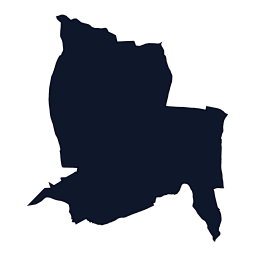 outline of Traian, Bacau, Romania
{"feature_id": "2599482B58001489717641", "entity_name": "Traian", "entity_type": "district", "adm_level": 2, "iso_a3": "ROU", "parent_name": "Romania", "parent_adm1": "Bacau", "projection": "equal_earth", "projection_center": [27.033, 46.645], "detail": "fine", "context": "isolated", "style": "filled", "palette": "ink", "viewbox_px": 256, "rotation_deg": 0, "n_neighbors": 0, "source": "geoboundaries", "source_scale": "gbopen_adm2", "svg_char_len": 5753}
<svg xmlns="http://www.w3.org/2000/svg" viewBox="0 0 256 256"><path d="M214.6,240.6L214.9,239.3L216.5,237.5L219.1,235.0L219.6,234.3L219.7,233.6L219.6,232.9L219.3,232.3L218.4,231.5L218.1,231.2L218.0,230.8L218.2,229.9L218.1,228.8L218.2,228.1L218.4,227.5L218.9,226.5L219.3,224.7L219.8,223.4L220.3,221.9L220.7,220.7L220.8,219.0L220.7,217.5L220.3,214.3L219.5,211.9L218.7,210.5L217.9,209.7L218.8,209.4L217.1,207.6L215.9,202.9L214.4,196.6L213.5,191.2L212.5,188.8L216.7,187.4L217.4,187.3L218.6,187.3L221.0,187.5L223.1,187.5L222.9,187.0L222.5,181.8L222.5,181.6L222.3,180.4L221.9,178.8L221.7,174.7L221.4,173.0L220.8,170.1L220.5,167.6L220.5,164.7L220.5,163.8L220.7,163.0L220.6,160.8L220.8,159.3L220.7,158.9L220.7,157.8L220.6,157.5L220.9,149.6L221.0,147.7L220.8,146.2L220.8,145.2L220.5,144.0L220.7,142.8L221.0,142.8L221.0,141.9L220.9,141.0L221.0,139.8L220.3,139.8L220.3,139.2L220.4,138.7L220.5,137.3L220.8,136.4L221.1,135.1L221.5,133.8L221.7,132.7L222.0,131.9L222.4,131.9L222.6,130.9L222.6,130.2L222.4,127.5L222.4,126.7L222.9,122.9L223.4,120.4L224.2,118.7L224.8,117.6L225.9,116.2L226.9,114.6L226.4,114.5L225.9,114.1L225.0,113.7L224.4,113.3L222.9,111.7L222.3,111.6L222.0,111.4L221.7,110.9L221.1,110.5L220.3,110.0L219.4,109.6L218.9,109.5L218.7,109.7L218.4,109.6L218.1,109.4L218.0,109.1L206.8,106.9L206.6,108.6L206.1,110.5L199.4,109.2L193.4,108.5L192.1,108.6L183.2,107.7L180.7,107.7L175.8,107.5L168.9,107.0L165.3,106.7L165.4,105.5L165.7,103.6L167.5,96.0L167.7,94.4L168.0,93.2L168.3,92.0L169.2,89.1L169.6,86.9L170.2,85.2L170.3,84.4L170.9,82.9L171.3,81.4L171.5,79.1L171.6,75.7L170.8,73.7L170.4,73.2L170.4,72.6L169.8,71.0L169.5,70.5L168.5,68.8L168.0,67.8L166.8,64.2L166.3,62.6L165.9,61.3L165.8,60.7L165.8,59.8L165.4,57.6L165.2,56.7L165.0,56.3L163.8,55.1L163.5,54.7L163.4,54.4L163.5,52.4L163.4,51.8L163.4,51.2L163.4,50.7L162.4,48.6L161.1,46.5L160.4,44.7L160.4,44.1L160.6,43.6L160.2,43.9L158.3,44.3L157.4,44.3L154.3,44.0L149.6,43.9L148.4,43.9L147.3,44.2L146.2,44.3L145.5,44.5L143.7,45.3L141.6,46.0L140.9,46.3L140.0,46.6L138.4,46.6L135.4,46.2L133.9,42.0L133.7,41.6L126.9,41.8L116.8,42.3L115.3,35.8L112.1,34.1L108.1,32.3L106.6,29.3L106.0,28.8L105.2,28.5L104.9,28.5L104.4,28.8L100.8,29.1L97.6,28.7L95.1,28.8L92.9,28.1L91.2,27.4L90.3,26.2L89.7,26.1L88.7,25.1L86.9,24.6L86.0,24.3L85.2,24.2L81.0,23.0L78.4,20.9L76.2,19.2L74.0,19.3L71.3,20.5L70.7,20.6L69.0,19.2L68.1,18.3L67.3,17.8L66.3,16.7L65.4,16.2L63.5,15.5L62.1,15.4L61.0,15.5L58.9,16.4L57.4,16.7L57.9,17.1L57.1,17.7L58.1,19.3L60.3,21.3L60.9,21.6L61.5,22.3L61.6,22.9L61.5,24.4L61.4,27.7L61.2,29.2L61.0,31.7L60.9,35.3L60.9,36.0L61.0,36.5L62.2,39.1L62.5,39.8L62.8,40.5L63.0,41.9L63.3,42.7L63.4,43.6L63.4,44.7L63.6,46.2L63.9,49.2L63.9,49.8L63.7,50.5L63.4,51.7L62.9,52.4L62.1,54.0L62.1,54.8L61.3,55.6L60.5,56.1L60.2,56.2L59.9,56.3L58.2,59.4L56.7,63.0L56.1,65.1L55.7,66.3L55.3,67.9L54.9,69.0L54.6,69.9L54.6,70.4L54.5,70.8L54.2,71.2L53.9,71.8L53.5,73.3L52.7,75.1L52.0,76.6L50.8,83.1L50.0,87.5L49.8,89.8L49.7,90.8L49.8,91.5L49.6,92.7L49.5,96.6L49.3,99.2L49.4,101.1L49.6,104.5L50.4,110.4L50.5,112.2L50.9,115.5L51.4,117.7L52.1,119.9L52.8,122.1L53.4,123.4L53.9,125.8L54.4,127.8L55.0,130.5L55.6,132.9L55.9,133.9L56.4,135.0L57.3,136.5L58.3,138.7L58.8,140.4L59.3,142.3L60.3,145.3L60.5,146.5L60.9,147.9L61.0,148.4L61.0,150.0L60.9,150.5L60.4,151.2L60.6,151.9L61.0,154.6L61.1,157.3L61.2,157.7L61.6,161.4L62.1,164.7L62.6,166.5L63.3,166.8L72.8,167.0L78.1,167.3L78.1,167.5L77.9,169.0L77.1,173.2L76.0,172.3L74.9,172.8L73.7,173.7L68.7,176.5L65.9,178.0L61.3,178.1L61.2,178.3L61.2,178.5L62.3,180.7L62.2,181.0L55.8,184.9L54.0,186.1L51.3,184.4L49.8,183.5L50.4,185.3L50.8,186.1L51.0,186.7L51.2,187.5L51.2,188.0L50.5,188.5L44.9,188.7L29.1,204.8L35.2,203.7L36.5,203.2L41.0,200.7L43.9,198.0L45.7,196.8L47.4,196.6L50.4,197.0L52.9,198.1L55.9,199.2L58.0,199.7L61.1,200.2L62.5,200.6L64.2,201.2L66.0,202.0L68.2,203.3L69.0,203.9L69.6,205.0L70.1,207.4L70.2,208.2L70.2,209.1L70.0,210.5L69.7,211.8L71.1,213.6L71.3,214.4L71.9,215.7L72.1,216.9L72.0,218.5L73.5,218.8L72.6,221.3L72.8,221.5L74.7,221.6L75.2,221.7L75.5,221.9L75.7,222.1L76.1,223.5L86.1,218.1L86.6,218.3L87.2,219.0L87.6,219.6L87.9,219.9L88.4,220.2L89.7,220.6L89.9,220.8L89.9,221.3L90.0,221.6L90.4,221.7L90.8,221.6L91.2,221.4L92.1,221.3L92.6,221.3L93.0,221.7L93.0,221.9L92.8,222.3L92.9,222.5L93.4,222.4L93.9,222.4L94.6,222.8L95.2,223.0L95.9,223.1L96.8,223.5L97.5,223.9L97.9,224.0L98.3,223.9L98.9,224.1L99.7,224.0L100.3,224.0L101.2,224.4L101.8,224.5L102.6,224.4L104.1,223.8L104.9,223.7L105.2,223.5L105.5,223.3L105.9,223.4L106.5,223.3L106.9,223.1L107.6,222.9L107.9,222.8L108.6,222.2L109.0,222.0L109.5,222.0L111.2,221.5L112.9,220.6L113.7,220.4L114.9,219.8L116.4,218.8L117.6,218.0L119.3,217.3L120.3,217.1L121.3,216.9L122.6,216.9L123.2,217.0L125.3,216.6L126.5,216.0L132.3,213.6L141.6,210.2L146.1,208.4L151.4,205.9L153.1,205.1L153.0,204.9L152.9,203.8L152.5,203.3L152.1,202.8L152.1,202.6L154.4,202.1L154.6,202.0L154.8,201.2L155.1,199.2L155.3,198.6L155.6,197.9L155.8,197.4L155.8,196.8L155.8,196.7L156.0,196.6L159.9,196.5L160.8,196.3L161.3,196.1L162.1,195.7L163.8,194.7L164.2,194.6L166.4,194.2L166.7,194.1L167.3,193.7L168.2,193.4L169.0,193.5L171.1,193.7L173.8,193.5L174.4,193.9L174.6,194.0L176.0,193.4L176.6,193.3L178.3,191.2L179.1,190.0L181.0,185.0L181.6,184.2L182.5,183.3L183.5,183.0L184.6,182.9L186.1,183.1L187.3,183.3L188.0,183.8L188.9,184.6L190.3,186.5L191.1,188.5L191.6,189.4L192.6,190.6L193.0,192.1L193.5,194.3L193.4,196.7L193.6,197.9L193.9,199.2L194.0,200.7L194.1,202.0L193.4,204.5L193.2,205.7L193.2,206.2L196.6,210.3L197.9,212.9L198.8,214.1L202.4,218.5L205.4,220.5L206.4,221.7L207.5,224.1L208.2,225.3L208.0,226.9L208.2,228.2L208.5,228.8L208.9,229.2L210.0,231.2L211.9,234.4L213.0,235.5L213.4,236.9L213.4,238.8L213.5,239.3L214.0,240.1L214.6,240.6Z" fill="#0f172a" stroke="#020617" stroke-width="1.5"/></svg>